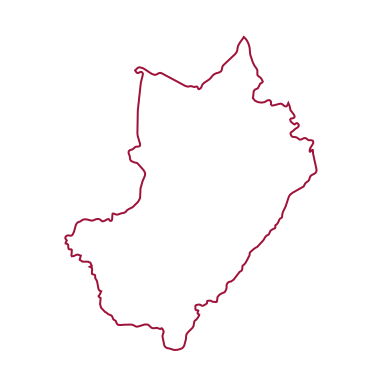 an SVG outline of Lékoumou, rotated 5°
{"feature_id": "COG-3344", "entity_name": "Lékoumou", "entity_type": "Region", "adm_level": 1, "iso_a3": "COG", "parent_name": "Republic of the Congo", "parent_adm1": "", "projection": "natural_earth1", "projection_center": [13.496, -3.075], "detail": "fine", "context": "isolated", "style": "outline", "palette": "rose", "viewbox_px": 384, "rotation_deg": 5, "n_neighbors": 0, "source": "natural_earth", "source_scale": "10m", "svg_char_len": 5963}
<svg xmlns="http://www.w3.org/2000/svg" viewBox="0 0 384 384"><g transform="rotate(5 192 192)"><path d="M230.0,33.1L230.4,33.3L231.9,34.5L233.8,36.7L235.5,39.7L236.8,43.2L238.0,49.9L241.2,57.4L243.0,60.4L245.5,63.4L246.5,65.0L246.9,69.6L248.0,70.8L249.5,71.6L251.0,72.8L252.9,75.8L252.3,76.9L250.6,78.0L248.6,82.9L245.7,84.6L244.7,86.1L244.6,92.3L244.4,93.1L246.7,95.5L249.9,96.7L253.3,96.9L256.3,96.2L258.7,94.5L260.1,93.8L261.4,93.8L262.7,94.9L263.1,97.9L264.0,98.8L265.1,98.8L271.6,96.5L272.5,96.3L273.9,96.5L276.0,97.9L277.4,98.6L278.7,98.4L279.5,97.1L280.2,95.0L281.6,97.5L283.0,101.9L287.0,106.3L287.5,107.5L287.7,108.2L287.3,108.9L286.8,109.4L286.1,109.7L284.2,110.2L283.5,111.2L283.8,112.3L284.5,113.4L286.7,115.0L287.7,115.6L288.5,115.7L289.1,115.0L289.9,114.4L291.0,114.3L292.3,115.4L292.6,116.6L292.2,117.8L291.3,118.7L289.3,120.2L287.5,122.2L285.6,123.8L285.0,124.9L285.3,126.0L285.9,127.1L286.8,128.0L287.8,128.3L290.1,128.3L291.2,128.5L292.4,129.0L293.8,130.0L295.0,130.4L296.2,130.2L298.6,128.7L299.8,128.4L301.0,128.6L302.3,129.5L303.4,130.1L304.7,130.2L306.1,130.0L307.9,130.4L308.4,131.4L308.5,132.7L308.0,134.0L306.1,137.8L305.7,139.3L305.6,140.9L306.1,141.6L306.8,141.1L308.0,139.6L308.6,139.6L308.9,140.5L309.2,143.0L313.7,157.5L314.2,159.7L313.9,161.3L313.2,162.4L312.2,163.2L310.2,164.4L309.2,165.2L308.5,166.2L308.1,167.2L307.8,169.0L307.5,169.8L307.2,170.5L306.7,171.1L305.0,172.5L304.1,173.5L303.6,174.6L303.4,175.2L302.7,176.8L292.5,183.8L289.8,186.3L289.3,187.4L288.8,188.6L286.5,198.3L284.4,203.8L284.0,205.5L283.9,207.6L283.9,208.8L283.8,209.4L283.4,209.9L282.0,210.9L281.5,211.7L280.3,215.2L279.6,216.3L279.0,217.1L278.1,217.7L277.9,218.1L277.9,218.8L278.1,219.5L278.0,220.5L277.6,221.0L275.7,222.0L274.4,223.0L273.8,223.6L273.3,224.3L272.4,227.2L272.0,227.7L269.8,229.2L269.2,230.1L268.6,231.1L267.7,233.1L267.1,234.1L261.9,240.9L261.6,241.1L260.6,241.7L258.5,243.4L255.4,246.7L254.9,247.4L254.8,248.0L254.8,248.3L254.8,248.6L254.9,249.3L254.7,250.4L253.7,252.7L253.0,254.6L251.4,258.1L250.5,259.4L248.9,261.0L248.7,261.4L248.7,261.8L248.8,263.6L248.7,265.0L248.4,265.7L248.0,266.3L246.4,267.4L241.1,275.7L238.6,277.8L237.6,278.0L236.3,278.6L235.6,279.3L235.1,280.0L234.8,280.8L234.6,281.6L234.6,282.4L234.7,283.2L234.8,284.2L234.7,285.5L234.0,287.6L233.5,288.5L233.1,289.1L231.5,289.8L230.3,290.5L228.3,292.0L227.4,293.2L226.6,294.5L226.5,295.5L226.5,297.6L226.3,299.0L225.7,299.5L225.1,299.6L224.4,299.4L222.9,299.6L222.2,299.5L220.1,298.7L219.1,298.7L218.1,298.8L216.8,299.2L216.6,299.9L216.6,301.5L216.0,302.2L213.7,303.9L212.7,304.4L211.8,304.4L211.1,304.2L210.5,303.8L209.5,303.6L208.5,303.5L206.6,304.1L205.9,304.4L205.5,304.7L205.4,305.1L205.3,305.4L205.6,308.1L205.8,308.9L206.4,309.3L207.1,309.4L207.9,309.3L208.4,309.5L208.6,309.6L208.6,309.9L208.1,311.8L208.2,312.5L208.7,313.0L209.9,313.5L209.9,314.1L209.5,315.1L208.5,317.2L207.3,318.8L205.9,320.1L205.5,321.3L205.4,322.5L205.4,323.8L205.2,325.3L204.3,327.3L200.6,331.6L199.4,333.3L198.8,334.8L198.7,336.0L198.8,338.5L198.7,339.7L197.6,345.8L196.9,347.1L196.2,348.1L195.6,348.6L193.8,349.5L191.8,350.3L189.4,350.8L187.8,350.9L183.3,349.9L181.1,349.7L180.1,349.4L179.1,348.8L178.2,347.9L177.6,346.7L175.3,338.9L175.2,337.6L175.4,336.4L175.7,335.1L176.0,333.9L175.6,332.7L174.9,331.5L174.3,330.7L173.4,330.4L172.6,331.2L171.6,331.1L168.9,330.4L165.4,331.1L164.1,331.0L163.1,330.5L160.0,328.1L158.3,327.9L156.2,328.2L150.0,330.7L148.3,331.0L144.9,329.7L143.8,329.4L142.7,329.4L135.4,330.2L132.8,330.7L131.2,330.8L129.9,330.7L128.9,330.0L128.2,329.0L127.7,327.9L127.2,327.0L126.4,326.6L125.7,326.3L125.2,326.0L124.5,325.4L124.0,324.3L123.5,323.2L122.5,322.1L119.2,321.0L117.9,320.1L117.5,319.7L115.9,319.1L111.5,315.2L110.2,311.7L110.2,305.6L108.6,304.7L108.0,303.9L108.7,302.7L109.2,301.9L110.2,298.8L108.4,298.3L107.3,296.7L105.2,289.3L104.5,288.1L103.4,286.6L103.0,285.9L102.9,284.1L102.5,283.2L101.9,282.9L100.1,282.6L99.5,282.2L99.2,279.8L99.3,277.8L98.8,276.3L96.7,275.4L98.6,274.3L96.9,271.3L94.6,270.5L89.0,270.9L86.0,269.3L86.8,265.1L83.6,264.3L82.4,264.6L79.6,266.2L77.9,266.5L77.4,265.7L77.4,260.4L76.8,259.7L75.5,259.8L74.2,259.6L73.6,258.2L73.4,256.4L73.0,255.2L72.1,254.5L70.6,254.3L70.6,253.2L71.5,251.1L69.8,249.2L70.0,247.5L70.5,247.0L71.0,246.6L71.8,246.1L72.3,246.0L75.0,246.1L75.7,245.9L76.3,245.5L76.6,245.0L76.9,244.6L77.9,241.9L79.2,234.9L79.5,234.2L79.9,233.5L80.4,232.7L80.8,232.3L81.3,232.0L83.2,231.1L85.3,229.4L86.1,228.9L86.9,228.7L87.8,228.5L89.6,228.5L93.8,229.2L94.7,229.2L95.5,229.1L96.3,228.8L98.7,227.5L99.1,227.4L100.5,227.1L101.4,227.1L102.2,227.2L102.9,227.5L104.7,228.8L105.4,229.0L106.4,228.8L107.6,228.2L109.6,226.8L110.7,226.3L111.5,226.3L112.5,227.5L113.1,227.9L114.1,227.7L114.6,227.1L114.8,226.2L114.7,221.8L114.8,220.6L115.3,220.3L116.1,220.4L118.1,221.0L119.2,221.1L120.2,220.9L123.5,219.4L124.5,219.1L125.4,219.0L127.6,217.7L128.9,215.8L130.4,214.6L134.2,212.3L139.1,206.5L140.1,204.3L140.8,202.6L140.4,193.0L141.8,185.6L143.6,180.1L143.7,179.3L143.8,178.0L143.4,176.7L142.6,175.5L141.7,174.3L135.2,168.2L134.2,167.8L132.2,167.6L129.1,166.6L128.2,166.0L127.7,165.1L127.3,164.0L126.8,161.5L125.7,159.4L125.4,158.5L125.4,157.1L125.8,156.4L126.5,155.8L128.4,155.0L129.5,154.3L131.4,152.3L132.4,151.7L134.7,151.4L135.9,150.8L136.2,149.9L136.1,148.7L133.1,141.1L132.5,138.4L130.9,115.4L131.5,87.6L132.7,80.1L132.8,78.6L132.3,77.5L131.4,76.9L130.5,76.8L129.4,77.3L128.4,78.0L127.4,78.2L126.7,78.0L125.7,77.1L124.7,75.8L127.3,72.9L129.1,72.3L132.6,73.0L141.6,77.8L144.6,78.6L146.1,78.2L148.8,76.4L150.4,76.1L151.8,76.5L176.3,87.0L178.8,87.4L181.5,86.6L184.5,87.1L185.3,87.2L187.2,86.5L188.1,86.7L189.3,88.7L190.0,89.0L191.5,88.0L192.2,86.7L192.6,85.2L193.3,83.6L194.7,82.1L199.3,78.4L200.5,77.1L202.5,74.1L203.9,72.7L205.6,71.7L208.9,70.4L210.3,69.3L211.0,67.9L211.4,64.4L212.3,62.8L223.0,50.8L224.1,49.0L224.7,47.3L224.9,44.1L225.2,42.3L226.7,39.0L229.7,34.0L230.0,33.1Z" fill="none" stroke="#9f1239" stroke-width="2"/></g></svg>